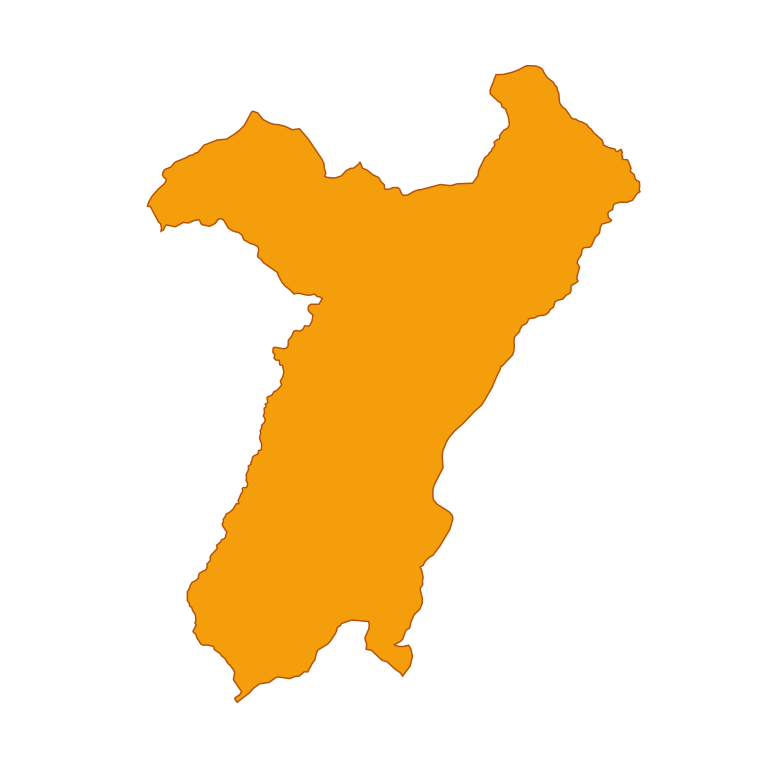 the district of Chameza, Casanare, Colombia, rotated 183°
{"feature_id": "7082276B78466873958700", "entity_name": "Chameza", "entity_type": "district", "adm_level": 2, "iso_a3": "COL", "parent_name": "Colombia", "parent_adm1": "Casanare", "projection": "albers", "projection_center": [-72.863, 5.238], "detail": "fine", "context": "isolated", "style": "filled", "palette": "amber", "viewbox_px": 768, "rotation_deg": 183, "n_neighbors": 0, "source": "geoboundaries", "source_scale": "gbopen_adm2", "svg_char_len": 6136}
<svg xmlns="http://www.w3.org/2000/svg" viewBox="0 0 768 768"><g transform="rotate(183 384 384)"><path d="M288.3,698.8L293.5,682.7L293.1,679.3L284.2,671.8L282.0,671.0L280.5,666.7L277.0,665.0L273.7,657.0L272.5,650.7L272.6,648.3L273.9,646.1L277.7,643.6L280.6,639.7L281.6,638.0L281.2,635.4L281.8,634.7L284.1,633.7L286.7,631.3L286.0,629.1L286.2,626.9L288.6,624.2L289.0,622.1L291.0,620.4L291.3,618.8L295.2,615.3L300.7,602.2L301.0,596.9L306.1,589.1L321.2,587.8L327.6,585.6L338.4,586.1L356.4,580.3L360.2,579.6L364.4,577.8L370.3,574.0L374.4,573.3L376.4,574.8L378.5,579.4L380.5,580.9L385.3,580.6L389.3,578.7L393.0,578.6L393.8,579.9L394.0,582.8L397.5,585.8L400.1,589.9L406.2,592.4L412.0,596.7L416.9,598.5L419.3,604.1L419.9,604.1L420.5,602.5L425.5,598.1L429.1,597.4L433.0,595.1L437.5,589.6L442.7,587.5L445.7,587.0L452.0,587.4L453.9,588.3L454.0,589.2L453.1,591.3L455.0,596.9L455.5,600.9L457.9,605.4L472.5,624.7L481.8,634.5L488.8,633.1L496.2,636.1L502.4,637.4L507.8,637.6L512.5,638.9L518.6,641.8L524.3,648.1L529.1,649.6L530.4,648.8L537.1,634.8L541.9,629.5L547.1,625.2L554.0,620.3L563.1,619.0L576.3,613.1L582.1,605.4L584.4,604.8L586.6,602.9L590.7,601.7L593.3,599.7L603.1,595.2L604.9,593.9L607.9,589.7L614.3,586.6L615.8,584.0L616.0,581.1L614.7,578.9L612.7,577.7L612.2,576.4L612.6,574.6L614.1,572.2L619.3,567.1L625.1,560.0L628.2,554.0L629.6,549.3L626.4,548.7L617.9,534.4L615.3,532.0L614.4,528.1L614.7,524.9L612.2,526.4L610.4,531.0L609.4,531.4L600.7,530.1L592.7,534.9L588.0,534.5L581.6,537.5L577.8,538.4L576.9,538.0L574.9,534.3L573.6,533.5L566.5,532.4L561.2,535.3L557.7,540.3L553.9,540.2L552.0,538.3L547.7,531.7L546.1,530.6L542.2,528.6L536.9,527.6L533.6,525.3L531.6,520.7L524.1,517.0L522.5,517.0L517.1,514.5L516.1,511.6L517.0,505.4L516.4,504.0L513.1,501.8L510.7,498.8L496.3,489.8L495.1,486.6L491.2,480.2L487.6,476.4L482.6,473.0L478.8,469.3L474.1,470.2L465.5,468.7L461.7,469.0L458.0,470.2L455.4,467.9L453.1,467.7L450.1,466.2L453.2,460.2L461.2,459.8L463.1,458.3L463.7,456.5L463.5,453.9L462.5,452.3L458.5,448.9L459.3,442.7L461.5,438.3L462.7,437.7L466.3,438.0L467.6,434.7L470.8,432.3L474.6,432.9L477.0,431.7L478.7,426.8L481.8,422.7L481.8,417.0L483.5,414.5L486.1,413.9L494.5,415.0L496.2,414.5L496.6,413.6L496.6,409.9L494.4,406.9L495.3,404.6L494.8,403.7L493.2,402.3L489.8,402.1L489.1,397.8L486.3,396.8L484.6,390.7L485.4,386.0L487.7,381.5L486.3,377.9L486.6,376.9L490.2,372.4L493.9,370.2L494.4,368.4L495.9,366.7L499.6,365.0L500.1,364.2L499.2,359.6L499.5,358.7L501.1,358.2L501.6,357.4L500.4,355.6L500.6,354.8L502.4,353.6L501.9,349.0L502.8,345.8L500.9,342.8L500.9,341.3L501.5,339.3L504.1,336.2L503.9,333.5L505.2,330.9L504.5,328.7L505.5,323.5L503.0,317.5L503.0,311.9L505.8,311.0L506.3,307.4L510.4,305.3L511.6,303.6L511.7,301.1L512.8,298.8L512.7,296.8L515.1,295.1L514.9,291.2L517.0,286.0L516.3,282.8L516.7,280.7L515.0,277.6L515.3,274.3L516.3,273.3L519.1,273.2L520.0,272.3L519.6,268.9L520.9,267.1L523.6,259.8L522.7,257.3L523.4,256.7L525.2,256.9L528.1,251.2L531.8,247.6L534.7,245.9L536.1,242.3L537.4,240.7L537.2,237.6L538.3,235.5L537.3,233.3L533.3,228.1L534.4,222.5L535.7,221.0L538.0,220.0L539.0,217.6L542.4,214.6L542.7,214.0L541.9,211.0L548.1,203.6L548.6,200.9L548.1,198.8L551.2,195.2L551.1,191.9L552.1,188.9L554.5,188.0L558.4,185.3L559.3,182.6L559.1,180.5L561.7,177.9L565.3,175.9L567.0,172.5L567.6,169.9L569.5,166.4L569.1,157.4L566.7,154.4L566.8,152.7L566.3,151.9L564.4,150.8L563.3,147.9L560.2,143.4L559.4,137.6L560.3,135.7L558.9,133.5L561.8,127.2L561.4,126.2L558.9,124.4L557.4,120.5L553.3,114.8L551.0,113.8L546.1,114.0L540.5,113.0L539.5,109.8L533.7,106.3L531.3,103.4L528.8,101.9L524.8,96.2L523.2,95.4L518.3,89.2L518.1,87.1L518.9,80.8L510.0,69.2L511.9,66.0L516.4,62.8L516.2,61.1L514.0,58.5L502.3,68.5L498.2,73.6L492.7,78.0L483.2,80.0L477.0,84.9L474.6,85.9L462.7,84.9L458.2,87.1L453.4,87.9L448.5,92.5L445.1,92.5L441.4,100.5L438.7,104.8L437.3,111.9L436.1,114.8L426.7,121.3L424.3,124.1L419.5,132.2L418.5,134.7L418.0,138.4L415.1,140.3L413.9,142.6L403.9,146.6L386.9,146.0L386.1,142.9L386.4,138.5L389.7,129.8L389.3,127.3L387.7,123.6L387.9,118.1L382.8,117.5L371.5,108.0L366.4,106.8L358.4,100.1L352.6,96.5L350.1,93.3L343.2,103.6L341.3,113.6L343.1,120.3L345.7,124.4L351.4,122.9L354.8,122.6L359.7,123.8L360.1,124.3L354.3,127.7L351.9,130.2L349.5,138.7L348.1,140.2L346.3,141.0L345.4,142.7L344.8,147.1L342.0,155.0L336.3,161.2L334.3,167.2L334.5,171.8L337.1,180.6L336.9,182.1L334.8,185.9L335.3,189.4L334.8,193.0L336.6,199.7L338.3,203.1L335.2,205.2L333.9,208.8L329.3,213.7L326.4,215.3L320.0,224.6L310.7,242.1L308.4,251.6L308.3,254.5L309.7,257.2L312.2,259.7L324.5,266.6L328.4,270.8L329.3,274.4L329.6,280.6L328.7,285.6L320.7,303.4L322.0,314.1L321.9,319.7L318.8,329.1L316.4,333.8L310.5,341.4L302.8,348.9L291.7,362.0L285.9,367.5L283.8,370.9L275.9,386.2L271.1,399.6L269.2,403.4L268.0,408.0L267.2,407.9L257.1,419.8L256.0,424.1L255.8,428.6L256.5,433.3L256.0,438.0L251.4,443.4L251.1,445.7L249.1,449.5L244.8,452.1L242.9,456.4L242.1,457.0L237.0,457.9L232.9,460.4L228.2,460.9L225.7,462.1L223.3,464.2L222.2,466.7L218.8,469.6L217.6,474.8L215.3,476.6L209.8,478.2L206.8,482.2L203.0,484.5L202.2,486.6L202.3,492.0L196.7,495.7L195.7,497.1L196.9,499.3L197.0,501.1L194.8,510.9L197.5,515.0L196.8,518.1L193.9,523.2L193.0,529.1L191.4,530.6L186.5,531.2L184.9,531.9L183.9,533.3L180.7,541.5L176.8,545.8L176.0,552.5L174.8,555.1L167.7,557.5L165.8,558.7L165.4,559.6L168.4,561.6L169.4,565.4L168.8,567.6L164.7,570.3L164.6,573.0L163.8,575.1L162.9,576.1L157.8,577.9L150.7,578.2L145.4,580.6L141.0,587.7L138.4,589.4L139.3,591.2L139.0,595.3L139.5,599.2L143.6,601.4L145.2,606.3L149.2,609.1L148.6,612.4L152.2,620.1L152.9,620.7L156.7,620.7L157.7,621.3L157.7,623.7L158.7,625.5L158.1,628.0L159.0,628.9L159.0,630.2L159.7,630.7L163.1,628.4L164.4,628.3L165.6,630.6L171.9,631.9L177.2,634.0L178.7,638.8L187.6,645.8L190.7,649.5L192.9,650.9L194.7,653.5L199.8,655.9L204.0,657.0L206.4,658.6L208.7,658.5L210.9,659.7L215.6,666.1L217.7,668.4L220.1,669.7L223.3,673.8L224.7,683.5L226.0,686.1L226.8,689.5L228.9,691.3L230.4,693.9L237.0,698.6L239.9,702.2L242.2,706.4L243.6,707.6L247.2,709.1L250.1,709.5L257.3,709.4L260.1,708.5L265.5,705.1L271.8,702.2L280.9,699.4L288.3,698.8Z" fill="#f59e0b" stroke="#b45309" stroke-width="1.5"/></g></svg>